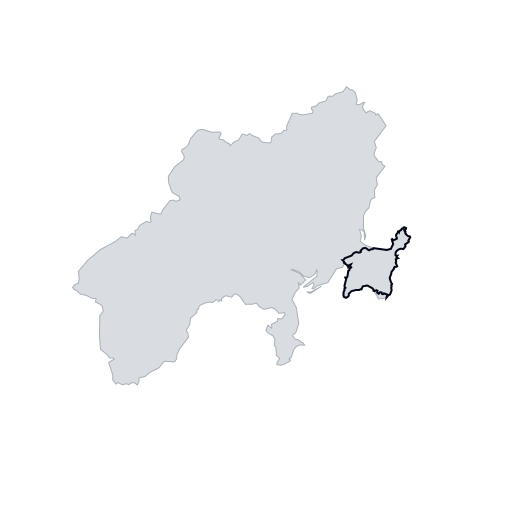 location of Crimea within Ukraine, rotated 311°
{"feature_id": "UKR-283", "entity_name": "Crimea", "entity_type": "Autonomous Republic", "adm_level": 1, "iso_a3": "UKR", "parent_name": "Ukraine", "parent_adm1": "", "projection": "albers", "projection_center": [34.531, 45.3], "detail": "medium", "context": "in_parent", "style": "outline", "palette": "ink", "viewbox_px": 512, "rotation_deg": 311, "n_neighbors": 0, "source": "natural_earth", "source_scale": "10m", "svg_char_len": 5607}
<svg xmlns="http://www.w3.org/2000/svg" viewBox="0 0 512 512"><g transform="rotate(311 256 256)"><path d="M339.5,340.4L344.8,348.4L349.3,352.6L351.5,352.7L357.6,349.7L361.6,350.6L365.1,348.0L374.2,349.6L371.5,354.8L370.4,360.2L358.6,362.3L354.3,359.3L349.7,359.5L347.1,363.3L342.6,366.0L341.1,369.0L332.7,368.9L327.2,371.6L322.9,377.4L318.2,381.0L314.4,382.2L308.7,380.7L304.0,376.8L307.8,365.5L306.6,359.5L303.0,356.6L298.4,356.3L292.5,351.3L285.6,351.8L283.4,349.3L297.7,338.6L300.8,338.2L309.4,332.5L307.9,327.7L304.2,328.9L299.3,325.1L283.2,327.7L273.7,321.8L269.2,321.0L268.1,319.6L272.8,318.5L273.2,316.4L266.8,314.8L263.4,312.1L281.0,315.2L285.9,310.8L280.9,312.3L276.0,311.1L274.2,309.7L272.2,305.1L272.3,298.8L270.3,293.2L268.6,291.3L271.6,300.5L270.5,309.3L263.1,308.6L263.9,305.0L260.2,309.6L254.4,309.5L246.9,311.5L243.4,320.4L233.1,332.6L224.0,336.4L221.1,335.5L219.7,336.4L218.9,340.3L220.3,342.3L221.2,348.6L220.6,351.2L217.7,347.5L214.1,345.7L210.1,346.0L202.5,349.1L200.0,348.3L200.1,350.1L199.4,350.7L192.6,348.3L189.8,346.3L187.7,342.9L190.0,341.5L194.2,341.2L194.4,336.5L200.1,331.0L200.5,328.3L205.4,325.1L206.9,321.1L205.7,315.1L206.5,312.1L211.6,310.4L211.7,315.0L212.8,314.7L214.1,312.4L220.8,315.0L222.9,313.5L225.5,316.8L230.8,316.2L232.1,314.8L227.8,310.9L228.5,305.1L227.3,301.6L220.9,297.0L219.9,291.7L220.8,287.2L217.6,285.2L212.6,279.7L214.8,270.7L214.7,267.3L213.4,264.6L209.0,264.7L206.2,259.2L201.2,257.8L199.6,259.6L198.9,257.8L197.1,257.7L197.4,255.5L196.3,254.6L192.1,253.7L191.2,251.6L186.8,248.2L181.3,245.8L178.0,247.5L176.7,246.8L174.2,248.5L166.2,247.3L161.0,250.9L154.2,252.0L153.3,254.8L150.5,258.3L135.4,259.3L128.9,261.4L126.5,263.6L122.6,264.0L116.8,256.4L114.8,255.7L108.2,256.2L97.8,252.0L92.2,251.3L87.0,247.5L84.9,249.8L80.8,251.1L80.8,248.4L79.3,245.6L75.5,244.3L74.5,241.9L71.2,239.7L69.9,234.7L67.4,234.3L68.4,229.3L72.1,226.1L79.0,214.7L85.1,216.7L85.4,215.4L82.9,212.1L84.0,208.3L83.5,200.4L84.9,198.5L93.0,190.2L108.8,177.1L114.2,176.8L117.1,173.3L117.5,170.6L115.9,165.0L118.7,163.5L118.6,162.6L116.6,160.2L115.0,154.1L111.8,147.8L112.5,145.1L111.5,141.1L112.0,138.2L115.7,137.9L118.6,139.9L122.4,137.9L127.9,132.1L141.9,131.8L158.7,134.3L175.0,140.4L182.2,141.7L184.8,146.9L190.9,147.3L192.5,148.3L192.5,151.3L195.9,148.0L198.9,149.3L202.4,148.0L210.5,150.7L211.3,153.5L212.9,154.3L215.5,151.1L220.7,148.7L225.0,156.8L229.3,155.4L241.4,154.7L244.3,157.4L244.6,159.7L248.7,161.8L250.6,159.1L249.0,151.4L250.2,148.5L253.9,142.2L258.6,137.6L270.3,136.1L281.1,138.3L284.3,136.4L286.0,131.4L287.4,130.4L294.7,132.3L301.4,129.6L312.9,129.6L316.6,132.6L320.3,141.2L325.9,147.5L325.5,149.5L320.4,150.7L320.3,151.8L322.0,154.7L322.5,160.7L323.4,161.4L322.2,164.1L327.7,164.7L332.2,166.7L339.2,165.7L341.1,170.2L344.2,170.7L344.3,173.7L346.9,180.7L346.0,184.4L346.4,186.7L350.1,192.0L351.8,192.7L356.2,189.8L360.8,190.6L364.8,194.6L368.7,194.5L371.2,196.7L374.0,194.0L387.4,189.8L390.8,193.4L391.3,195.9L393.5,199.1L400.8,204.8L402.8,204.1L403.3,201.4L404.9,200.4L409.0,203.0L413.1,203.2L418.8,207.0L424.0,205.7L426.9,209.1L430.2,209.4L437.1,213.9L443.2,213.3L443.1,218.0L444.6,219.8L444.5,223.6L440.4,229.8L436.3,231.9L437.9,234.8L442.9,236.4L443.3,237.3L438.9,238.1L437.2,240.4L436.2,245.1L440.3,246.4L441.9,252.1L441.1,254.0L443.5,254.9L439.7,268.7L420.2,270.1L416.6,275.7L410.9,277.8L409.2,279.5L407.7,287.1L409.5,288.4L407.9,291.7L408.3,294.4L393.8,295.5L389.6,300.7L383.3,302.2L377.9,307.5L375.6,306.0L372.7,306.1L366.7,309.6L361.2,309.4L356.9,310.8L347.6,318.7L343.4,325.5L339.2,327.5L345.0,322.0L345.2,319.1L343.9,316.8L340.3,322.4L335.6,324.9L335.7,331.3L339.5,340.4ZM276.1,325.2L263.3,321.5L262.2,317.8L264.9,321.1L276.1,325.2Z" fill="#d9dde1" stroke="#a8b0b8" stroke-width="1"/><path d="M308.6,326.8L309.4,326.1L309.6,323.9L310.6,324.6L312.5,324.4L319.1,327.9L322.0,327.8L324.2,328.7L324.8,329.2L325.9,331.3L327.1,332.3L327.9,332.5L328.5,331.5L332.0,331.7L333.7,333.1L334.1,334.1L334.3,337.2L334.7,337.8L336.1,338.1L337.9,339.7L339.0,339.5L346.4,350.8L349.8,353.1L355.0,351.7L357.6,347.5L358.1,347.6L358.1,349.3L361.1,350.9L361.9,350.7L362.9,348.7L363.9,347.8L366.9,347.6L367.6,347.1L368.2,347.6L368.0,348.2L368.9,347.7L370.5,348.4L372.3,348.1L373.2,349.2L374.3,348.6L375.0,349.1L375.6,350.9L374.5,351.5L372.6,351.2L372.2,352.1L372.4,352.9L371.2,353.6L370.8,354.9L370.7,357.5L371.7,359.3L371.4,360.1L367.6,360.9L367.1,362.0L366.6,362.1L362.6,360.9L361.4,362.5L358.2,362.7L357.7,362.5L356.7,360.7L354.9,359.5L352.3,358.8L350.4,359.0L348.2,360.6L348.1,361.8L348.9,362.5L347.5,362.7L347.2,363.1L347.4,364.4L346.3,363.6L345.8,364.0L345.2,363.7L344.9,364.0L343.9,365.4L342.6,365.8L340.9,369.3L340.0,369.1L338.8,367.8L337.8,367.8L336.6,368.5L332.8,368.7L331.2,369.8L327.1,371.3L325.1,374.5L324.0,377.2L322.6,377.2L322.0,378.4L320.6,378.9L319.8,380.2L318.8,381.0L315.0,382.4L313.1,381.7L310.3,381.8L311.6,381.0L313.1,380.7L312.1,377.7L311.4,377.5L311.3,376.8L310.4,376.8L310.0,376.0L310.9,374.6L309.9,373.3L308.0,373.4L307.8,371.5L309.5,370.5L309.2,369.3L307.1,368.4L306.9,367.3L307.8,366.7L308.0,364.8L306.8,359.6L306.2,358.9L303.1,356.5L300.0,357.5L299.6,356.8L298.1,356.2L296.0,353.8L292.1,351.1L288.3,350.8L286.8,352.1L285.2,352.0L283.4,351.3L282.8,349.1L283.8,347.6L286.5,345.6L287.9,345.4L289.1,344.3L290.6,344.4L290.6,343.4L291.6,342.3L298.5,338.8L298.6,338.5L298.1,338.0L298.3,337.5L299.7,338.6L300.4,338.5L305.3,335.4L306.4,335.8L308.4,334.6L309.2,335.3L309.9,335.3L310.0,333.5L311.9,333.1L309.8,332.1L308.4,332.4L309.0,331.5L308.7,331.2L308.9,330.3L308.6,328.7L309.1,328.0L308.6,326.8Z" fill="none" stroke="#020617" stroke-width="2"/></g></svg>